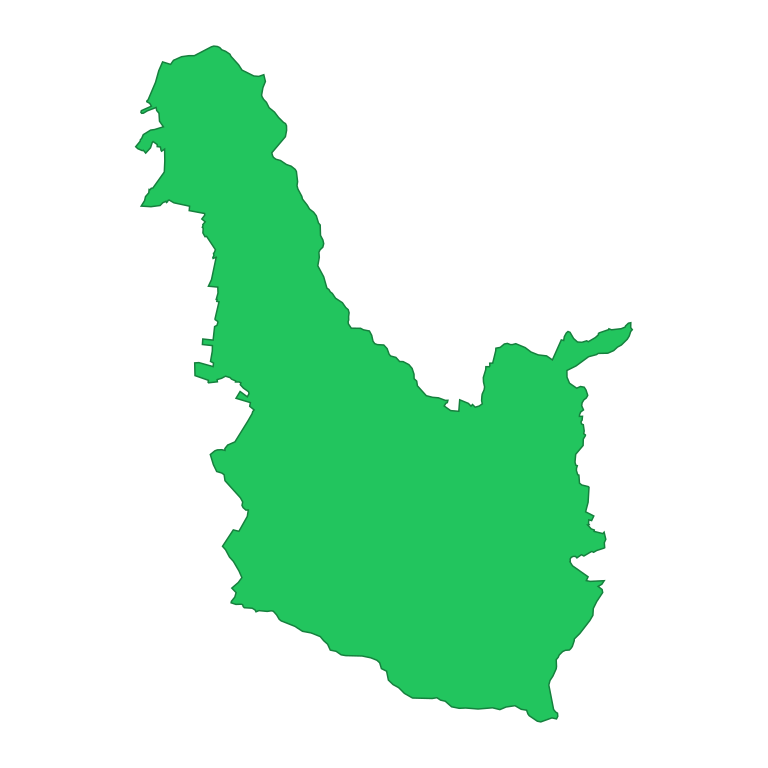 the district of Garbau, Cluj, Romania
{"feature_id": "2599482B41163110615714", "entity_name": "Garbau", "entity_type": "district", "adm_level": 2, "iso_a3": "ROU", "parent_name": "Romania", "parent_adm1": "Cluj", "projection": "orthographic", "projection_center": [23.36, 46.847], "detail": "fine", "context": "isolated", "style": "filled", "palette": "green", "viewbox_px": 768, "rotation_deg": 0, "n_neighbors": 0, "source": "geoboundaries", "source_scale": "gbopen_adm2", "svg_char_len": 6081}
<svg xmlns="http://www.w3.org/2000/svg" viewBox="0 0 768 768"><path d="M556.5,718.9L557.8,716.3L557.5,713.2L555.6,712.0L553.6,709.5L548.8,685.0L550.0,680.5L552.9,676.1L556.2,668.8L556.5,666.5L556.2,659.7L558.2,657.3L559.2,655.0L562.6,651.6L565.4,650.3L569.4,650.0L570.9,648.5L572.3,646.5L574.2,640.8L574.3,639.0L579.9,633.4L589.8,620.6L592.9,615.3L593.3,608.5L596.8,601.4L602.7,592.5L602.1,589.5L598.1,586.4L601.8,584.3L604.2,580.7L590.1,581.4L586.3,580.6L588.1,576.8L572.5,565.8L569.9,561.7L570.3,561.3L570.1,559.1L571.1,557.4L573.1,556.4L575.5,556.4L576.9,557.9L581.4,554.7L583.9,556.0L591.0,551.8L592.0,551.5L593.6,552.3L596.7,550.5L603.8,548.2L604.7,547.7L604.3,542.7L605.8,539.3L604.1,532.2L602.9,533.6L594.1,531.4L594.3,530.0L591.2,528.9L587.6,524.9L589.2,524.6L588.5,523.5L588.8,519.8L591.6,520.6L593.8,516.0L585.6,511.8L588.1,502.3L589.0,487.3L588.3,486.6L581.8,485.0L579.5,483.2L578.9,475.1L577.7,474.7L576.4,470.5L576.5,468.3L577.3,465.7L575.8,465.2L575.0,462.2L575.7,454.3L583.1,445.5L583.3,439.1L585.4,435.6L585.4,434.9L583.7,433.7L584.2,431.0L583.3,424.7L581.9,424.2L581.1,422.8L581.2,421.3L582.1,420.2L582.5,416.3L579.4,416.4L579.6,414.5L580.7,412.0L583.5,409.9L581.7,405.8L582.1,402.8L583.9,399.8L586.2,398.1L587.7,395.5L587.6,394.9L586.0,390.0L584.2,387.2L580.5,386.5L576.7,388.2L569.5,383.2L567.0,377.2L566.9,370.5L576.1,365.9L588.6,356.7L596.5,354.6L598.2,353.4L607.8,353.2L613.7,350.6L617.5,347.1L621.4,345.0L627.3,339.2L629.2,336.1L630.7,331.5L632.3,329.7L630.7,327.6L630.8,322.7L628.4,323.2L625.5,326.0L625.1,327.1L621.2,328.7L611.5,329.8L608.9,328.8L608.7,329.6L599.4,332.8L598.5,333.4L598.3,334.9L595.3,337.6L588.3,341.7L586.7,340.8L581.9,342.3L577.5,342.0L573.6,338.5L570.0,332.3L568.0,331.5L566.3,333.0L564.3,336.7L563.7,340.5L561.3,339.9L552.4,359.9L546.6,355.9L538.2,354.9L531.0,352.0L525.2,347.6L515.8,343.7L512.4,344.6L510.4,344.6L507.4,343.4L504.3,344.0L500.2,347.4L495.9,348.2L495.7,350.9L492.7,363.1L489.7,363.2L489.9,365.6L489.4,366.7L485.9,366.7L485.7,369.7L483.3,377.6L483.5,382.0L484.6,386.9L484.1,389.9L482.2,394.1L481.9,396.2L481.6,400.6L482.3,403.8L479.3,406.0L475.2,407.2L472.5,404.5L471.0,406.1L468.4,403.4L459.7,399.8L458.8,411.3L450.6,410.6L444.2,406.0L445.8,403.3L447.3,402.6L447.9,400.3L445.4,400.4L438.4,397.8L432.5,397.3L426.3,395.7L417.4,385.8L416.7,381.1L414.1,378.7L414.0,374.2L412.1,368.4L408.9,364.6L403.1,361.6L399.6,361.5L395.9,357.4L390.6,356.0L389.1,354.2L387.1,348.6L383.8,345.0L377.2,344.6L374.7,343.6L373.0,341.2L371.7,335.3L369.4,331.0L363.4,329.8L360.6,328.3L351.3,328.2L348.4,323.9L348.1,321.7L348.7,320.0L348.6,316.5L349.1,312.8L348.2,309.7L345.7,307.5L342.4,302.7L335.5,298.2L332.3,293.4L330.3,291.9L328.9,289.5L326.9,288.1L323.7,276.8L317.8,265.8L319.3,257.3L318.9,252.3L320.0,249.9L322.8,247.2L323.7,243.7L322.9,240.0L320.5,235.4L320.2,225.0L318.5,223.0L316.3,215.8L313.6,212.2L309.5,209.0L307.2,205.1L302.5,199.1L301.8,196.3L297.9,189.0L297.0,185.6L297.6,181.7L296.4,171.5L295.2,169.4L291.2,166.2L286.4,164.5L280.5,160.5L275.8,159.2L273.4,157.3L272.6,155.8L271.8,152.8L285.4,136.7L286.6,130.3L286.5,125.8L285.5,123.6L283.5,122.4L278.5,117.4L274.5,112.1L269.1,107.7L266.4,102.3L263.6,99.4L262.0,96.6L261.6,95.1L262.9,87.7L265.4,81.5L263.8,74.7L258.8,76.4L253.9,76.0L242.0,70.1L238.6,64.8L231.0,56.4L229.9,54.2L225.6,51.3L221.8,49.8L219.8,47.6L217.4,46.5L213.8,46.1L211.4,46.8L194.3,55.7L188.8,55.7L181.6,56.7L173.5,60.3L170.6,64.4L162.6,61.9L158.8,70.6L155.5,82.4L148.1,99.8L146.9,100.9L146.8,101.7L149.8,103.4L151.4,106.2L141.4,110.6L140.9,112.3L141.7,113.3L143.4,113.2L147.4,110.8L156.1,107.5L156.7,110.5L159.0,113.3L159.5,121.2L163.4,126.8L154.7,129.5L150.6,130.1L143.3,134.6L141.7,138.3L140.3,139.9L140.2,141.2L135.7,146.7L137.8,148.7L142.2,150.6L143.4,150.3L145.7,153.1L150.5,147.8L152.2,142.6L153.1,141.6L157.2,144.5L157.2,146.6L160.4,147.0L161.0,150.2L161.6,151.2L164.6,149.1L164.8,160.9L164.3,172.0L152.9,188.0L151.2,188.3L150.2,189.7L149.1,189.4L148.8,192.8L145.5,196.6L144.6,200.6L141.2,206.1L151.0,206.7L160.1,205.5L162.8,202.7L166.0,201.3L166.5,202.5L167.5,201.8L168.1,200.4L169.1,200.0L173.9,202.8L189.6,206.2L189.2,210.6L204.6,213.5L204.7,215.2L201.8,219.0L205.2,221.8L202.8,224.6L203.0,225.6L202.3,227.4L203.2,228.2L202.9,232.9L205.0,236.7L206.6,236.4L215.4,249.7L214.2,252.8L213.5,253.3L213.9,255.5L212.8,257.6L213.1,258.5L216.8,256.9L216.1,257.6L211.5,279.6L208.4,286.2L217.8,287.1L218.0,293.1L216.2,299.4L217.1,299.5L216.8,301.4L219.0,301.8L215.0,318.9L215.1,319.6L217.7,321.4L217.9,322.3L217.0,325.3L214.6,326.6L213.1,340.1L202.8,339.0L202.4,344.5L212.4,345.6L212.3,351.1L210.5,361.4L213.5,363.0L213.1,366.6L198.9,362.6L194.7,362.9L195.0,375.6L208.4,380.3L208.1,382.3L208.6,382.8L217.4,381.8L217.1,379.6L221.6,378.3L225.5,376.2L230.1,377.6L231.5,379.1L235.7,381.0L235.5,382.0L239.1,382.0L240.9,382.8L240.3,384.7L243.4,388.1L248.5,391.7L249.0,393.7L247.3,396.8L240.1,391.5L236.0,398.3L250.4,402.6L249.7,406.3L254.1,409.9L252.7,411.6L252.1,413.7L247.9,421.0L234.9,441.9L227.7,445.0L224.9,448.5L225.0,450.4L221.7,449.7L217.3,449.9L214.9,450.8L210.3,454.5L213.4,464.7L216.7,471.5L221.7,473.0L224.1,474.7L225.0,480.7L240.4,497.8L242.7,502.0L242.0,505.4L243.1,507.6L245.9,510.1L248.3,510.0L247.3,516.4L238.9,531.3L233.3,529.9L222.5,546.3L225.6,549.8L229.5,557.1L233.4,561.4L239.0,571.0L241.9,577.6L238.3,582.5L231.8,588.1L236.1,592.6L234.8,597.1L231.4,601.3L231.1,602.8L235.9,604.4L241.5,604.2L242.7,604.8L243.2,606.6L244.3,607.7L252.2,608.2L255.1,610.0L256.0,611.8L259.0,610.6L267.2,611.4L271.3,610.8L273.3,611.2L276.7,615.0L279.2,619.3L281.2,620.9L294.8,626.3L302.5,631.3L311.0,632.9L320.3,636.6L323.7,640.7L327.6,644.2L330.3,650.1L336.1,651.3L341.1,654.8L345.6,655.6L362.1,656.0L370.8,657.8L376.8,660.2L379.7,662.8L381.4,668.6L386.6,671.2L388.4,680.1L393.1,684.6L398.6,687.6L404.4,693.4L412.5,698.0L432.2,698.5L436.9,697.7L440.5,700.1L445.2,701.2L451.6,706.8L459.2,708.3L465.7,708.0L478.1,709.0L492.5,707.8L499.9,709.6L506.1,707.0L515.0,705.7L521.2,709.3L526.6,710.2L527.9,713.9L529.2,715.7L537.3,721.2L540.8,721.9L551.9,717.9L556.5,718.9Z" fill="#22c55e" stroke="#15803d" stroke-width="1.5"/></svg>